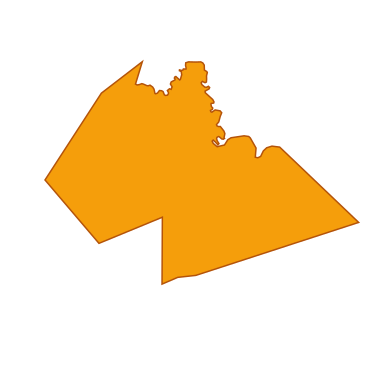 outline of Franklin, Virginia, United States of America, rotated 318°
{"feature_id": "52423323B87493021835120", "entity_name": "Franklin", "entity_type": "district", "adm_level": 2, "iso_a3": "USA", "parent_name": "United States of America", "parent_adm1": "Virginia", "projection": "mercator", "projection_center": [-76.922, 36.678], "detail": "fine", "context": "isolated", "style": "filled", "palette": "amber", "viewbox_px": 384, "rotation_deg": 318, "n_neighbors": 0, "source": "geoboundaries", "source_scale": "gbopen_adm2", "svg_char_len": 1677}
<svg xmlns="http://www.w3.org/2000/svg" viewBox="0 0 384 384"><g transform="rotate(318 192 192)"><path d="M242.3,61.9L190.8,57.9L90.8,84.7L88.5,167.9L153.1,190.9L108.1,240.4L124.3,245.9L139.0,256.5L295.5,326.1L287.2,217.3L282.1,211.4L277.1,209.1L272.5,209.2L266.8,211.5L263.8,210.6L262.3,208.5L269.0,202.2L271.5,190.8L271.3,188.7L268.3,185.1L257.3,177.8L253.6,177.1L247.6,178.8L241.0,175.2L240.3,170.1L241.0,167.7L242.5,167.6L242.8,170.3L242.8,174.2L244.4,174.1L245.0,170.8L246.0,168.8L247.0,168.1L248.7,168.4L249.2,169.2L249.6,172.5L250.7,173.8L252.0,173.9L251.9,173.3L255.5,170.6L256.5,168.0L256.9,162.3L255.4,161.0L254.8,159.5L255.3,158.3L258.8,157.8L263.6,154.7L267.1,153.0L267.2,150.5L264.1,146.5L260.2,146.0L259.7,144.8L260.3,143.7L262.4,144.2L263.6,143.5L263.6,141.5L264.7,139.6L265.5,139.0L267.6,140.4L268.6,139.8L269.3,137.2L268.3,127.1L269.2,125.8L273.6,126.8L275.0,126.2L274.9,124.4L272.9,123.9L271.7,122.6L271.2,118.7L271.9,117.0L273.7,116.7L274.8,119.5L276.3,119.9L278.3,118.0L280.5,115.4L283.3,113.5L283.6,112.4L282.8,109.7L286.0,105.9L286.4,103.3L285.6,101.2L281.8,98.0L276.4,92.9L273.8,91.8L271.9,93.6L270.6,95.9L269.8,96.6L267.9,94.8L266.8,95.3L265.7,94.8L264.4,92.9L263.8,93.4L264.6,95.3L262.8,98.0L258.6,100.6L257.8,100.5L257.3,95.4L256.6,95.0L255.1,95.5L255.0,96.8L254.3,97.3L250.2,96.3L248.2,97.3L247.6,100.5L245.2,101.8L244.3,100.2L241.6,100.1L241.1,102.2L240.2,103.2L238.5,103.6L236.9,102.5L236.5,101.3L237.7,98.0L237.2,96.4L235.7,94.8L232.4,95.4L230.7,94.7L230.4,94.0L232.6,90.1L233.0,87.7L232.3,84.5L230.4,83.7L229.6,82.7L228.1,79.3L227.2,77.9L224.7,76.9L222.9,75.8L222.2,74.0L242.3,61.9Z" fill="#f59e0b" stroke="#b45309" stroke-width="1.5"/></g></svg>